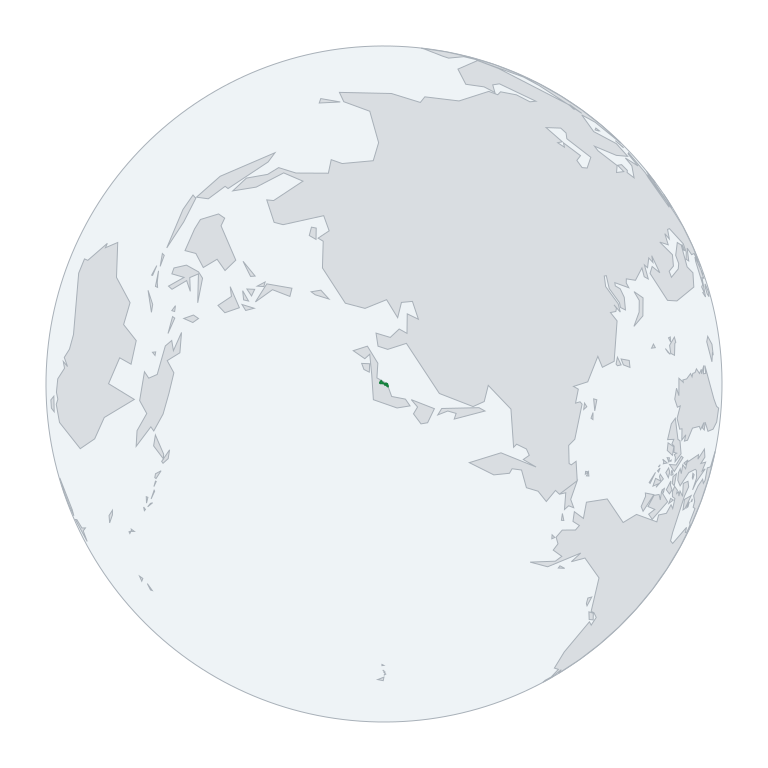 globe centered on Ishikawa, rotated 94°
{"feature_id": "JPN-1842", "entity_name": "Ishikawa", "entity_type": "Prefecture", "adm_level": 1, "iso_a3": "JPN", "parent_name": "Japan", "parent_adm1": "", "projection": "orthographic", "projection_center": [136.851, 36.797], "detail": "fine", "context": "on_globe", "style": "filled", "palette": "green", "viewbox_px": 768, "rotation_deg": 94, "n_neighbors": 0, "source": "natural_earth", "source_scale": "10m", "svg_char_len": 12865}
<svg xmlns="http://www.w3.org/2000/svg" viewBox="0 0 768 768"><g transform="rotate(94 384 384)"><circle cx="384" cy="384" r="338" fill="#eef3f6" stroke="#a8b0b8"/><path d="M606.1,600.8L605.9,602.3L605.5,602.7L606.1,600.8ZM660.4,189.6L656.6,187.2L664.9,196.2L670.4,204.6L668.3,202.5L664.6,196.8L656.5,190.1L655.5,194.2L638.7,185.5L606.9,162.5L610.1,160.5L602.1,156.0L597.5,158.6L596.4,161.5L562.4,156.0L543.6,171.4L548.2,184.7L538.9,175.9L554.9,208.0L551.5,225.8L548.8,200.7L543.5,194.6L537.9,203.6L531.3,199.3L524.8,201.6L517.3,196.0L516.3,182.8L511.5,179.2L507.9,185.9L498.1,185.2L504.2,175.7L487.8,173.8L483.1,153.3L505.5,135.8L496.5,123.0L502.5,102.2L495.5,100.9L493.3,93.3L484.5,89.2L488.1,87.3L477.9,85.8L476.3,88.4L471.3,88.8L465.9,86.9L469.6,83.9L472.8,84.4L471.1,82.6L475.3,82.0L470.2,81.2L475.3,78.3L462.3,78.5L459.8,74.0L465.3,72.9L475.0,76.5L511.9,85.7L520.5,87.2L522.9,84.9L505.9,72.2L511.1,73.0L510.7,71.5L503.2,68.9L500.7,69.4L486.6,65.1L485.3,67.0L479.4,65.9L473.9,67.3L463.8,63.6L456.8,59.5L460.8,58.5L457.8,57.0L445.1,55.6L443.9,52.5L428.1,49.0L428.7,49.0L453.7,53.3L478.3,59.5L502.3,67.5L525.7,77.2L548.3,88.7L570.0,101.8L590.6,116.6L610.0,132.8L628.2,150.5L645.0,169.4L660.4,189.6ZM679.3,369.7L676.4,363.6L680.0,364.1L679.3,369.7ZM673.4,362.2L674.6,363.8L673.3,362.9L673.4,362.2ZM671.5,363.1L672.9,362.5L671.6,363.9L671.5,363.1ZM669.4,365.3L670.4,363.8L670.4,364.3L669.4,365.3ZM665.1,366.4L663.9,366.5L664.7,364.5L665.1,366.4ZM597.0,163.7L598.1,159.2L604.7,158.9L604.6,162.9L597.0,163.7ZM583.3,165.7L582.0,161.9L591.1,166.0L589.0,166.8L583.3,165.7ZM553.1,195.8L555.3,190.9L555.4,197.3L553.1,195.8ZM525.2,202.9L526.7,205.8L522.7,205.8L525.2,202.9ZM479.9,69.4L477.0,68.4L479.5,68.6L479.9,69.4ZM480.3,71.2L485.3,72.2L486.2,73.3L483.1,72.6L480.3,71.2ZM507.6,197.5L500.7,197.0L507.6,195.1L507.6,197.5ZM473.9,69.8L487.2,75.0L488.7,77.0L478.2,76.2L473.9,69.8ZM496.6,195.2L479.8,195.1L481.7,201.3L467.0,184.5L486.1,189.7L494.2,186.1L492.6,191.3L496.6,195.2ZM478.1,90.1L479.6,87.3L483.3,91.6L478.1,90.1ZM481.7,92.9L500.3,107.0L495.4,110.9L490.2,105.1L487.8,112.1L476.3,106.9L475.0,101.9L480.4,100.3L471.9,99.7L481.7,92.9ZM461.5,175.6L457.3,173.9L461.5,173.2L461.5,175.6ZM469.6,89.3L473.7,91.6L469.8,95.0L460.7,91.1L464.9,91.2L469.6,89.3ZM492.9,116.7L488.3,118.9L477.7,115.2L474.5,115.7L475.6,107.1L492.9,116.7ZM463.1,89.5L456.2,89.2L453.1,86.0L465.2,87.4L463.1,89.5ZM472.6,97.6L470.3,99.2L468.6,97.0L472.6,97.6ZM438.5,75.4L443.6,77.5L442.0,79.3L438.5,75.4ZM453.8,89.3L454.9,90.4L454.8,91.5L449.7,90.8L453.8,89.3ZM468.1,105.4L464.6,103.6L467.1,108.6L459.2,106.5L461.4,101.3L457.2,102.7L454.8,102.1L459.2,98.7L468.1,105.4ZM444.4,93.5L444.4,87.0L435.3,82.4L436.5,80.5L451.0,88.3L444.4,93.5ZM452.7,96.7L447.9,94.2L451.8,92.8L457.6,93.8L452.7,96.7ZM453.2,107.0L464.6,111.6L463.8,112.6L453.2,107.0ZM441.0,92.3L441.1,94.0L439.9,92.2L441.0,92.3ZM448.5,102.7L452.7,104.0L451.6,105.1L448.5,102.7ZM437.7,96.4L437.8,94.1L441.7,94.5L437.7,96.4ZM442.1,99.4L439.6,100.7L443.0,96.0L444.1,99.8L442.1,99.4ZM446.8,103.5L447.6,104.6L445.2,102.8L446.8,103.5ZM422.9,96.5L426.4,90.5L435.0,91.3L430.5,96.8L422.9,96.5ZM126.2,165.5L127.3,164.5L108.1,191.7L101.8,205.5L117.6,192.4L128.0,169.0L139.9,156.8L139.7,168.2L132.1,190.6L136.5,186.7L149.8,166.7L156.8,166.8L155.4,159.6L149.5,166.2L148.6,162.3L153.9,156.2L156.1,156.2L160.9,148.9L149.0,152.0L141.7,159.0L148.8,145.8L137.4,156.6L136.3,156.2L155.1,138.0L159.9,134.6L187.8,111.8L183.4,113.9L156.8,136.0L161.2,131.5L155.1,135.9L163.3,129.1L193.5,105.8L205.7,97.0L224.3,86.2L227.1,84.8L244.9,76.3L236.0,80.8L240.2,79.1L232.2,83.8L233.5,86.1L227.3,91.1L240.0,88.6L238.5,91.3L231.4,91.7L223.2,95.3L209.1,110.1L210.0,111.9L219.4,109.5L214.4,114.4L225.3,110.2L223.2,118.8L234.9,105.3L246.2,103.5L251.6,107.4L257.5,104.7L248.7,98.5L243.3,98.4L235.3,102.0L222.4,101.3L224.6,97.2L246.0,89.8L251.5,83.6L265.7,81.7L280.7,97.6L280.8,107.0L255.1,126.3L248.1,124.7L253.8,116.6L237.3,125.9L244.0,124.2L239.8,128.7L249.6,129.2L247.1,132.5L260.8,127.7L258.8,131.9L250.2,134.8L263.0,140.4L262.2,149.6L266.3,149.4L270.9,146.5L266.8,160.8L270.0,160.1L272.6,155.0L280.7,150.4L293.3,148.3L291.2,153.4L286.4,154.8L273.0,166.0L260.4,169.8L260.9,171.8L271.3,169.7L287.6,156.0L295.8,153.3L289.0,160.1L292.1,157.4L295.5,157.8L296.9,163.1L304.8,155.9L345.3,156.0L352.1,167.3L341.5,172.6L367.6,180.9L373.2,194.8L375.6,189.8L389.7,191.6L388.1,187.2L390.3,185.0L425.8,189.8L432.4,195.5L450.4,193.8L451.6,191.5L447.7,187.0L467.0,184.5L481.7,201.3L478.2,205.5L489.9,213.9L480.2,222.8L477.5,234.7L460.2,240.8L459.6,250.3L464.3,252.6L467.0,268.1L456.5,293.4L444.5,262.5L456.2,226.5L449.6,239.8L445.0,234.1L438.9,237.4L434.8,247.5L438.1,250.3L400.2,255.6L378.1,279.9L394.5,282.8L400.3,293.6L389.6,328.1L341.9,364.5L349.2,382.7L346.7,392.6L333.8,395.5L337.1,381.0L328.1,372.7L331.9,364.6L312.4,365.7L317.0,354.2L299.6,361.4L301.4,372.3L316.9,375.0L299.7,387.3L309.9,408.2L306.1,428.2L272.5,453.5L245.8,454.6L243.1,459.9L235.0,449.4L220.3,455.9L232.1,495.8L230.4,504.9L208.5,513.8L208.7,506.9L187.3,479.0L180.4,498.8L196.5,525.2L201.9,548.3L188.2,535.6L183.0,514.7L175.5,504.2L179.7,486.5L177.6,454.2L163.9,452.3L167.0,441.1L162.0,410.3L143.6,406.2L112.9,417.2L105.2,443.8L96.2,448.8L93.7,396.8L100.6,367.4L94.7,363.3L96.4,328.9L84.8,299.9L87.5,290.7L84.4,288.1L86.3,272.1L92.3,258.1L91.3,252.2L76.5,289.8L78.0,296.4L85.5,293.7L80.6,304.9L79.3,323.3L64.7,332.2L54.8,313.2L61.3,291.7L92.6,218.9L95.8,215.0L96.2,214.3L97.1,213.1L92.3,218.3L100.2,205.6L75.4,250.1L68.0,266.4L54.6,313.8L54.0,314.7L51.9,327.2L54.4,342.3L52.8,348.6L47.0,367.2L46.4,370.4L48.3,345.6L52.0,321.0L57.5,296.7L64.9,272.9L73.9,249.8L84.6,227.3L96.9,205.7L110.8,185.1L126.2,165.5ZM116.4,225.5L116.9,240.2L129.9,223.1L131.2,227.6L135.2,220.5L130.9,221.8L142.5,203.9L147.5,207.2L154.3,201.5L154.4,196.4L143.4,193.5L126.6,218.7L120.9,219.9L116.4,225.5ZM271.6,67.9L264.7,70.4L261.7,70.7L269.7,66.6L274.2,65.9L271.6,67.9ZM255.7,74.2L274.8,69.3L270.6,72.4L269.7,71.3L265.0,73.9L262.4,73.0L239.8,81.7L235.6,82.7L252.6,73.2L249.3,75.4L256.2,72.4L255.7,74.2ZM330.8,58.5L339.0,58.4L319.3,65.0L313.9,64.4L321.5,59.6L332.3,57.6L330.8,58.5ZM452.8,68.3L457.2,69.3L456.2,69.9L451.6,69.6L452.8,68.3ZM441.0,76.2L432.5,65.3L437.1,65.6L426.6,59.8L434.6,58.8L441.2,62.4L439.5,57.7L448.7,60.6L446.2,57.6L459.9,65.7L468.1,68.8L455.9,65.6L448.3,66.4L447.4,67.6L451.1,73.8L464.9,81.5L459.5,84.2L452.0,84.1L447.9,82.6L452.7,81.2L443.7,80.3L447.5,77.2L441.0,76.2ZM367.8,91.9L375.1,89.0L357.7,90.2L361.4,85.6L359.1,86.1L357.8,82.4L352.2,78.9L355.4,77.2L351.9,76.7L350.9,74.5L347.1,73.4L351.5,70.0L347.2,68.5L351.7,67.9L343.2,66.3L351.5,66.1L351.0,63.8L343.2,65.2L375.8,53.9L383.1,50.7L384.7,48.5L398.7,49.5L406.1,52.6L408.6,57.5L399.6,61.0L407.5,61.3L405.6,63.2L400.1,62.2L407.4,65.0L404.3,66.5L406.5,73.2L418.9,77.3L420.0,80.3L413.6,79.4L419.2,83.0L407.9,83.6L408.4,85.9L397.8,89.2L385.2,86.9L386.7,89.7L378.8,92.9L367.8,91.9ZM419.7,97.2L403.7,94.6L397.9,91.0L418.8,86.9L419.9,84.8L433.0,82.8L441.2,88.2L436.7,88.2L434.2,89.5L432.6,87.2L432.0,90.0L425.8,90.2L423.6,92.6L419.0,91.0L419.7,97.2ZM164.4,127.3L161.1,130.2L157.3,133.9L153.4,137.1L164.4,127.3ZM180.8,114.0L184.8,111.1L182.7,112.7L175.3,118.2L176.3,117.4L180.8,114.0ZM187.9,109.4L183.2,112.4L187.7,109.2L187.9,109.4ZM230.2,93.4L228.7,95.5L226.1,96.5L224.0,96.4L230.2,93.4ZM317.0,97.6L322.1,95.8L323.2,96.7L335.1,96.2L333.4,100.1L325.5,101.8L317.0,97.6ZM115.8,191.2L113.9,190.5L116.5,186.7L116.6,187.6L115.8,191.2ZM131.7,161.5L125.1,170.2L130.7,162.3L131.7,161.5ZM317.1,101.7L322.2,101.0L318.1,103.4L317.1,101.7ZM332.7,102.9L329.0,105.8L334.5,100.5L332.7,102.9ZM281.7,618.9L291.8,622.4L291.6,623.4L281.7,618.9ZM271.0,612.2L282.3,615.5L269.3,614.2L271.0,612.2ZM286.8,616.8L298.4,617.3L303.4,616.6L302.6,618.8L286.8,616.8ZM263.4,610.2L223.9,596.7L208.8,587.7L211.9,584.7L236.3,595.1L263.4,610.2ZM210.7,584.1L188.2,561.9L160.9,508.9L170.6,515.1L199.9,553.2L197.9,556.3L211.5,572.2L210.7,584.1ZM266.9,580.8L264.8,591.8L242.6,583.8L232.7,578.6L225.9,560.9L229.7,554.5L237.6,557.6L270.8,540.5L281.9,550.5L271.2,559.2L280.4,572.4L266.9,580.8ZM105.7,447.3L108.2,468.2L103.7,467.0L105.7,447.3ZM286.0,524.6L271.4,533.2L285.3,520.1L286.0,524.6ZM295.2,510.7L295.2,517.3L290.5,509.7L295.2,510.7ZM241.1,468.9L232.6,467.3L233.2,462.5L244.5,461.9L241.1,468.9ZM303.1,444.8L299.8,458.8L297.1,463.1L294.8,453.5L303.1,444.8ZM309.1,138.7L294.5,134.5L282.8,135.2L274.4,141.0L280.0,131.6L298.0,130.5L309.1,138.7ZM341.0,153.0L348.4,148.8L349.5,152.4L347.9,153.9L341.0,153.0ZM342.5,149.2L343.4,141.0L350.3,139.8L348.2,146.5L342.5,149.2ZM329.6,119.6L325.4,118.0L328.8,115.9L329.6,119.6ZM531.3,686.2L537.1,684.2L528.0,689.2L514.7,695.4L500.3,700.9L531.3,686.2ZM423.1,715.2L419.2,712.5L434.7,711.1L431.3,714.1L423.1,715.2ZM540.8,680.9L548.7,675.3L548.4,671.8L551.5,673.8L561.8,669.1L540.7,682.4L540.8,680.9ZM356.3,697.2L294.7,696.3L280.1,691.5L281.3,688.1L263.0,669.8L267.5,671.4L261.4,659.5L296.3,658.3L320.6,643.0L342.9,647.9L358.0,634.2L381.9,637.7L376.3,649.5L402.9,658.8L416.8,632.0L436.9,660.7L458.9,668.8L469.7,682.5L445.0,705.0L427.2,709.5L421.9,708.3L415.0,710.2L401.6,709.8L390.6,703.8L383.9,705.5L388.7,700.9L379.8,704.8L371.2,700.2L356.3,697.2ZM528.9,646.1L533.5,645.8L541.7,648.0L534.4,649.1L528.9,646.1ZM594.8,611.0L597.6,611.9L592.7,614.5L594.8,611.0ZM605.5,602.7L599.6,606.2L606.1,600.8L605.5,602.7ZM548.3,626.1L550.9,627.1L549.2,628.1L548.3,626.1ZM546.4,626.0L548.5,622.7L548.7,625.4L546.4,626.0ZM523.5,615.2L525.8,613.2L527.1,614.2L523.5,615.2ZM307.0,625.9L320.8,620.3L328.7,621.0L307.0,625.9ZM519.4,612.6L513.0,613.3L513.5,611.6L519.4,612.6ZM519.4,608.7L518.6,606.5L523.0,611.2L519.4,608.7ZM506.9,605.3L514.9,608.3L506.0,605.9L506.9,605.3ZM502.4,606.4L496.8,605.2L497.1,604.4L502.4,606.4ZM443.0,613.6L463.5,626.9L447.8,627.1L430.0,618.6L417.6,626.6L388.5,623.8L394.6,619.1L390.3,610.9L361.3,604.8L355.4,598.8L365.4,596.4L346.7,589.6L367.1,589.8L375.8,601.9L387.5,594.4L408.4,597.9L429.4,602.3L446.9,610.4L443.0,613.6ZM367.9,614.0L371.5,614.4L368.5,617.2L367.9,614.0ZM486.1,600.3L494.2,604.8L493.4,606.1L489.5,605.7L486.1,600.3ZM450.8,608.5L469.4,598.9L474.0,598.9L461.8,609.5L450.8,608.5ZM464.6,593.3L473.5,594.1L478.5,598.9L476.7,600.4L464.6,593.3ZM326.3,597.9L325.6,600.8L320.4,597.5L326.3,597.9ZM332.9,597.3L348.7,603.0L331.5,599.6L332.9,597.3ZM287.1,576.8L291.4,585.2L305.1,583.7L294.6,588.1L304.3,602.1L301.4,605.8L291.6,590.9L288.9,603.3L282.9,601.6L279.2,589.4L285.1,576.8L291.1,572.4L316.0,575.5L287.1,576.8ZM332.6,588.3L328.5,578.9L331.6,573.6L336.0,579.0L332.6,588.3ZM317.2,555.1L307.3,542.3L297.6,544.2L318.0,533.6L324.0,547.7L317.2,555.1ZM309.9,529.9L300.8,531.5L310.7,524.9L309.9,529.9ZM298.8,527.4L298.6,519.6L305.4,522.3L298.8,527.4ZM314.6,531.2L317.5,518.8L320.3,527.1L314.6,531.2ZM297.7,501.8L311.1,518.0L292.3,507.9L294.9,482.5L303.2,484.0L297.7,501.8ZM365.0,407.7L364.8,399.7L373.2,399.5L370.9,405.0L365.0,407.7ZM400.4,393.5L375.4,396.9L355.3,400.3L360.1,404.9L352.9,417.0L347.4,403.2L363.7,391.6L378.4,391.5L383.4,381.0L395.9,375.5L397.6,361.6L404.0,356.5L407.0,369.3L400.4,393.5ZM397.7,355.7L405.1,332.0L419.6,337.8L421.2,344.3L411.7,352.5L404.6,348.9L397.7,355.7ZM411.1,328.2L404.4,324.7L401.0,287.6L403.9,281.4L414.1,311.5L408.3,310.0L406.5,318.5L411.1,328.2ZM457.1,176.8L457.3,174.2L459.9,176.9L457.1,176.8ZM389.1,182.6L392.5,180.1L395.5,183.0L389.1,182.6ZM403.7,175.1L397.9,173.5L404.9,173.1L403.7,175.1ZM384.9,170.6L396.1,171.9L384.2,173.8L384.9,170.6Z" fill="#d9dde1" stroke="#a8b0b8" stroke-width="1"/><path d="M381.0,387.0L381.3,386.8L381.4,386.6L381.6,386.5L381.8,386.4L382.0,386.1L383.0,384.8L383.2,384.4L383.6,383.6L383.6,383.3L383.5,383.2L383.6,382.9L383.5,382.7L383.4,382.5L383.4,382.4L383.4,382.1L383.3,381.9L383.3,382.0L383.2,382.0L383.1,381.9L383.2,381.6L383.3,381.5L383.3,381.4L383.4,381.2L383.4,380.9L383.5,380.7L384.0,380.4L384.2,380.5L384.4,380.4L384.9,380.2L385.0,380.1L385.2,379.9L385.9,379.7L386.1,379.7L386.3,379.7L386.3,379.8L386.3,380.0L386.2,380.2L385.9,380.3L385.8,380.6L386.0,380.7L385.9,380.8L385.8,381.0L385.7,381.1L385.2,381.1L385.1,381.3L385.0,381.5L384.9,381.6L384.6,381.6L384.4,381.5L384.5,381.5L384.5,381.4L384.4,381.5L384.2,381.8L384.1,382.0L384.1,382.3L384.3,382.3L384.5,382.5L384.8,382.2L385.0,382.3L384.9,382.7L385.0,383.0L384.9,383.1L384.7,383.1L384.4,383.2L384.2,383.2L384.1,383.4L384.0,383.5L383.9,383.8L383.9,384.0L383.8,384.3L383.7,384.4L383.6,384.5L383.7,384.8L383.6,385.0L383.7,385.4L383.7,385.5L383.6,385.8L383.6,386.1L383.6,386.3L383.6,386.5L383.6,386.8L383.6,387.0L383.8,387.2L383.8,387.3L383.6,387.8L383.5,388.1L383.4,388.3L383.1,388.3L382.9,388.3L382.7,388.1L382.5,387.9L382.3,387.8L382.1,387.8L381.9,387.9L381.7,387.8L381.5,387.7L381.4,387.7L381.3,387.4L381.3,387.2L381.1,387.1L381.0,387.0ZM384.9,381.9L384.9,382.0L384.7,382.1L384.4,382.2L384.3,381.9L384.3,382.0L384.5,382.0L384.5,381.9L384.7,382.0L384.8,382.0L384.8,381.9L384.9,381.9Z" fill="#22c55e" stroke="#15803d" stroke-width="1.5"/></g></svg>